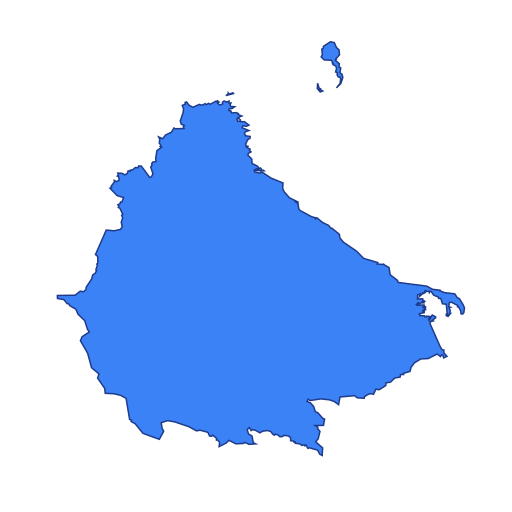 the district of Cavite, Cavite, Philippines, rotated 84°
{"feature_id": "2640588B43067672764099", "entity_name": "Cavite", "entity_type": "district", "adm_level": 2, "iso_a3": "PHL", "parent_name": "Philippines", "parent_adm1": "Cavite", "projection": "robinson", "projection_center": [120.788, 14.278], "detail": "fine", "context": "isolated", "style": "filled", "palette": "blue", "viewbox_px": 512, "rotation_deg": 84, "n_neighbors": 0, "source": "geoboundaries", "source_scale": "gbopen_adm2", "svg_char_len": 5981}
<svg xmlns="http://www.w3.org/2000/svg" viewBox="0 0 512 512"><g transform="rotate(84 256 256)"><path d="M428.2,371.3L420.6,366.1L417.5,367.4L411.8,367.7L410.5,361.0L412.6,353.9L418.8,340.5L423.7,333.4L423.4,329.9L426.3,322.3L430.2,321.0L430.6,318.9L429.6,317.8L433.2,314.3L434.9,314.6L435.2,313.2L437.5,311.7L441.7,312.6L439.0,305.4L436.5,302.1L440.7,295.6L441.1,287.9L440.1,286.7L442.6,282.6L442.8,276.0L441.4,278.2L434.6,278.8L432.1,282.1L427.7,282.9L426.0,280.5L429.1,279.1L428.3,277.6L429.4,274.6L432.3,270.6L430.9,267.8L430.8,262.6L432.1,259.7L435.3,257.7L436.1,256.3L435.1,255.6L436.3,252.8L438.3,251.1L438.3,248.3L437.3,247.4L438.2,242.8L440.1,240.6L443.3,240.9L443.9,238.1L445.1,237.7L444.9,236.5L446.4,236.5L447.3,232.3L449.2,230.2L448.8,228.3L449.9,227.3L449.0,226.2L452.7,224.5L452.4,222.8L455.5,215.0L459.7,213.4L461.3,211.0L453.8,209.8L447.0,216.1L444.4,213.3L437.1,210.7L434.3,212.7L432.8,212.4L430.8,214.9L431.5,206.6L425.3,204.8L424.5,206.5L418.3,210.9L417.2,213.2L411.6,214.4L407.8,217.2L406.0,220.5L403.8,219.2L405.4,217.3L404.9,206.4L406.7,198.1L408.8,193.5L412.5,189.4L405.0,187.2L405.2,172.7L407.6,170.1L408.8,163.3L407.3,162.8L405.8,160.1L404.8,156.8L405.8,153.6L400.9,150.6L401.9,147.7L401.2,146.0L398.3,140.4L395.8,140.1L395.5,135.5L391.8,130.6L391.5,125.3L389.0,124.7L389.3,121.6L388.1,121.7L386.9,114.9L382.9,113.4L378.8,109.6L375.6,102.9L376.0,95.5L372.4,86.0L375.3,83.1L373.7,81.7L374.1,80.5L376.9,80.1L375.8,76.6L371.7,79.3L369.1,79.0L368.8,80.7L365.1,82.4L341.4,90.0L339.6,89.4L339.1,86.6L338.5,87.6L336.2,83.7L335.3,83.7L333.1,86.9L338.2,90.6L336.6,90.9L334.4,89.0L333.7,92.5L334.3,92.6L334.3,94.2L333.1,94.5L332.4,99.3L330.9,99.2L330.6,100.3L329.9,94.6L328.8,94.6L328.5,96.7L328.3,94.3L327.3,94.3L327.3,95.4L327.2,95.4L327.1,93.0L325.1,94.2L324.3,93.3L325.3,92.9L324.3,92.7L324.2,93.9L324.4,96.1L323.9,93.8L322.2,94.0L322.0,100.7L321.5,101.1L320.8,99.1L320.7,101.1L319.3,99.5L320.7,98.0L319.8,96.5L320.2,93.0L320.0,95.1L318.7,95.3L318.9,93.1L318.7,94.5L318.5,93.1L317.2,94.8L315.9,94.7L315.7,99.9L311.6,99.3L310.9,96.8L313.3,97.6L310.8,94.1L309.5,94.5L310.8,93.3L309.9,91.4L308.7,92.1L308.0,91.3L309.2,89.5L309.1,87.6L310.5,87.4L309.4,86.6L309.6,85.5L313.5,83.4L315.9,79.0L317.3,78.8L317.5,76.7L323.0,75.6L323.9,71.8L333.3,71.9L333.8,73.3L333.4,71.8L334.2,71.5L334.7,73.1L335.5,72.7L335.0,70.8L336.6,71.8L333.5,68.6L333.5,69.5L330.6,68.5L327.3,69.4L327.2,68.3L326.6,69.6L322.4,68.5L322.5,66.3L326.3,60.6L327.6,60.9L327.7,59.9L331.8,58.2L335.0,58.1L335.3,56.5L334.0,55.2L329.4,54.1L325.9,55.2L319.8,58.1L318.4,60.2L314.4,62.3L312.1,72.4L309.1,78.0L309.4,77.1L309.2,76.9L307.6,83.8L303.8,89.4L297.2,117.2L295.0,118.1L295.4,117.4L288.7,124.5L281.5,124.9L277.6,130.1L276.9,129.4L277.7,130.3L276.7,136.3L275.3,135.6L269.6,149.2L261.9,155.3L251.5,167.5L246.8,170.7L243.2,170.8L236.2,177.7L236.3,178.7L233.2,180.5L229.7,186.2L224.4,191.4L225.6,193.5L224.3,192.5L222.8,196.5L215.3,207.5L213.2,208.6L208.1,208.7L205.5,212.1L207.1,208.0L201.6,216.6L194.9,221.4L191.3,222.4L186.2,221.5L180.1,232.9L173.7,240.6L173.2,242.4L174.0,243.5L172.3,248.6L170.2,248.6L168.7,243.9L166.7,245.3L163.6,250.2L159.1,250.1L154.9,253.5L153.2,253.0L151.9,250.1L150.6,251.4L149.2,250.7L146.8,254.0L145.9,252.0L145.9,254.3L143.5,254.7L139.1,251.7L138.5,249.8L136.5,249.3L135.3,254.0L132.4,254.6L131.4,253.8L130.5,249.9L127.0,256.4L125.0,255.5L126.0,252.1L125.1,249.3L121.2,253.4L120.8,257.2L118.2,257.5L120.2,257.6L120.2,260.2L117.3,260.6L116.6,258.9L117.7,258.9L117.8,258.4L116.2,258.7L115.3,255.5L113.5,259.0L112.5,258.6L111.3,260.7L111.2,265.3L109.0,265.9L108.5,267.8L106.9,267.4L106.8,264.2L105.3,261.6L104.6,265.6L103.1,266.0L101.2,264.9L101.1,266.9L99.1,266.6L99.8,269.0L98.5,271.6L99.6,273.3L101.4,273.3L102.0,276.5L99.9,278.2L99.1,276.7L98.4,278.0L97.1,277.6L98.7,278.6L97.8,279.5L100.3,285.7L99.2,287.2L100.3,289.6L99.2,290.6L100.4,294.1L99.3,296.5L101.5,303.3L98.9,307.0L95.5,308.9L95.9,310.5L97.6,310.4L98.5,313.6L101.9,312.7L105.5,313.4L113.8,317.2L117.2,316.5L118.6,313.7L119.9,314.8L121.7,314.2L121.0,323.0L120.1,324.2L124.1,327.3L126.2,333.3L129.6,336.5L127.4,340.4L129.7,339.5L133.6,340.4L135.7,339.1L137.1,339.9L137.9,338.4L140.8,343.5L148.5,345.6L151.6,345.5L151.8,348.9L153.0,349.9L155.4,350.2L156.4,351.4L163.6,349.9L166.4,351.9L166.7,353.5L154.5,360.7L154.2,363.3L155.9,364.2L155.4,366.9L157.3,369.4L157.6,372.2L158.4,372.3L158.0,374.3L160.4,375.3L161.6,377.9L159.7,380.8L159.1,384.8L161.0,384.4L162.0,385.6L162.6,384.4L166.2,384.1L167.5,386.7L166.0,389.1L167.6,389.1L171.5,392.8L172.8,392.4L173.3,394.2L181.4,387.8L184.0,381.6L188.2,383.6L188.2,385.2L189.6,385.5L190.6,388.0L191.8,387.1L193.3,387.9L194.4,386.3L200.7,384.1L201.5,385.4L204.1,384.6L208.4,386.5L212.9,386.0L215.4,388.0L216.1,394.6L214.5,402.2L237.8,415.5L239.7,413.6L241.9,413.6L246.6,414.1L247.4,415.2L248.6,414.7L253.0,416.7L253.7,416.0L256.3,417.7L257.8,420.4L261.6,421.8L269.2,428.1L271.5,428.6L273.5,431.2L272.6,434.5L276.1,440.0L274.5,457.7L277.5,457.9L279.3,451.6L283.7,448.8L283.8,447.4L286.1,446.2L290.0,440.8L295.4,439.0L302.4,433.1L311.5,431.2L314.1,429.7L318.1,437.4L321.9,439.5L335.1,433.6L349.9,431.2L356.9,424.5L360.8,426.3L371.9,420.3L376.8,420.3L378.2,411.4L380.5,405.0L384.0,400.1L405.3,398.8L406.2,397.1L407.5,397.5L410.2,393.7L420.6,386.9L428.2,371.3ZM87.6,151.0L84.3,151.4L82.6,153.3L77.7,152.1L76.6,153.7L73.5,153.0L69.7,156.6L68.6,156.1L69.3,155.2L68.3,155.9L64.6,151.9L59.6,151.9L57.1,154.2L52.0,155.8L50.7,159.5L54.5,167.0L56.7,167.5L57.1,168.9L62.9,169.0L64.8,170.4L68.1,167.7L69.2,160.6L72.0,159.3L72.4,160.5L72.3,159.4L73.7,159.4L75.5,156.7L78.0,156.3L81.3,157.6L82.1,156.0L84.4,156.4L86.5,155.5L87.1,153.5L89.3,153.4L93.1,154.3L97.2,158.4L93.3,153.6L87.6,151.0ZM99.6,175.0L98.9,172.4L96.9,175.1L96.5,174.4L95.5,175.7L90.6,176.7L95.9,177.5L99.6,175.0ZM170.9,247.2L172.1,239.1L171.6,239.5L171.7,240.7L169.0,242.2L170.9,247.2ZM92.1,261.4L91.3,261.9L92.2,265.9L90.9,266.6L92.1,266.9L93.3,269.2L92.1,261.4Z" fill="#3b82f6" stroke="#1e3a8a" stroke-width="1.5"/></g></svg>